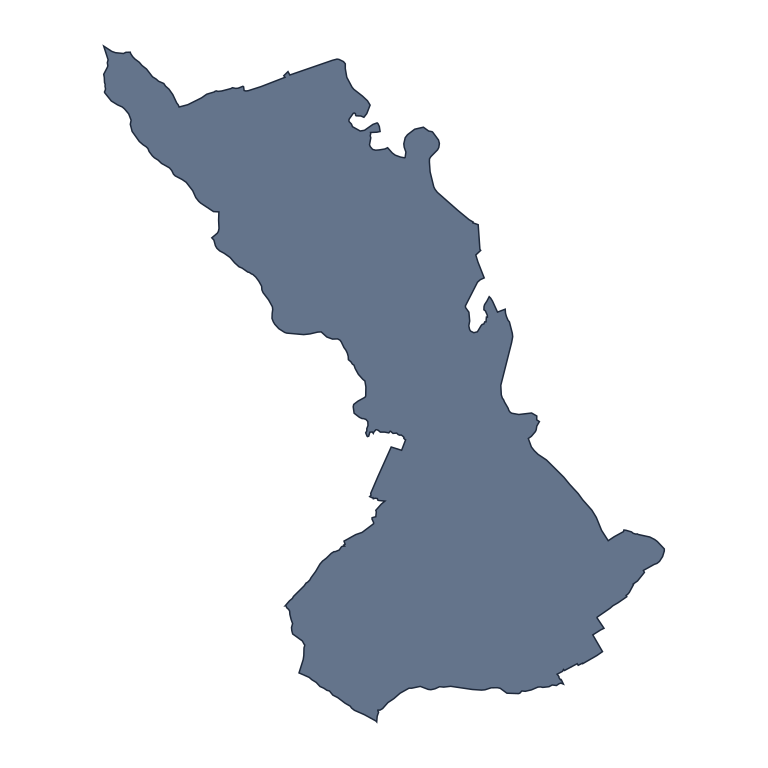 Turceni, Gorj, Romania (Albers equal-area conic projection)
{"feature_id": "2599482B55128602353314", "entity_name": "Turceni", "entity_type": "district", "adm_level": 2, "iso_a3": "ROU", "parent_name": "Romania", "parent_adm1": "Gorj", "projection": "albers", "projection_center": [23.338, 44.708], "detail": "fine", "context": "isolated", "style": "filled", "palette": "slate", "viewbox_px": 768, "rotation_deg": 0, "n_neighbors": 0, "source": "geoboundaries", "source_scale": "gbopen_adm2", "svg_char_len": 6069}
<svg xmlns="http://www.w3.org/2000/svg" viewBox="0 0 768 768"><path d="M644.4,572.4L643.4,570.4L654.2,564.4L657.0,563.4L659.5,561.4L662.6,556.6L664.3,551.0L664.3,548.9L657.3,541.5L654.8,539.6L649.8,537.0L638.3,534.5L637.3,533.9L635.8,534.1L633.2,533.3L631.5,531.9L626.1,530.3L623.9,530.0L623.5,531.6L614.2,536.7L608.2,540.7L601.6,530.4L596.3,517.4L591.9,510.2L582.7,499.8L578.2,493.6L569.7,484.4L563.8,477.2L546.5,460.0L538.1,454.4L534.3,450.7L531.4,447.0L528.3,438.5L531.4,436.3L535.4,431.6L536.2,429.8L536.8,426.1L539.4,421.6L536.7,419.8L536.8,416.0L531.6,413.0L518.8,414.5L511.6,413.2L510.1,412.1L508.9,410.5L508.1,408.2L504.5,402.0L503.5,399.6L502.4,398.2L501.3,394.9L500.8,385.3L511.6,342.6L512.7,336.7L512.3,333.2L509.4,321.9L508.0,320.2L506.4,316.4L505.5,313.1L505.2,309.2L497.5,312.1L492.5,301.1L490.7,298.2L489.2,296.7L486.9,301.1L484.6,304.6L484.0,306.7L483.9,309.8L485.4,310.9L487.3,315.2L487.4,317.1L486.4,317.1L486.0,321.8L484.7,321.9L483.9,323.9L482.1,324.5L481.0,325.8L477.4,331.8L473.8,332.7L470.6,331.1L469.6,329.5L468.8,325.8L469.7,321.0L468.9,312.2L465.6,307.6L465.4,305.9L477.5,282.2L480.3,279.7L484.2,277.9L477.9,261.9L475.8,255.0L480.7,250.4L479.9,249.3L478.2,224.7L472.8,222.8L473.1,222.0L469.1,219.7L457.5,210.1L437.4,192.4L435.0,189.3L433.8,186.9L430.1,171.8L429.4,161.9L429.5,158.8L430.9,156.6L437.6,149.8L438.8,147.5L439.4,143.5L438.5,140.0L432.8,132.3L432.1,131.7L428.6,131.0L423.4,127.2L414.7,129.2L407.5,134.7L405.2,137.7L403.8,143.8L404.2,147.2L405.9,152.1L405.1,157.5L404.7,157.8L400.6,157.1L395.3,155.2L392.3,153.0L387.6,147.7L384.8,149.0L379.2,149.9L375.6,150.2L372.6,149.4L370.3,146.7L369.5,144.8L370.8,137.8L370.2,135.8L370.7,133.8L370.5,132.5L376.9,132.2L380.1,131.5L379.3,126.4L377.9,123.5L377.1,122.9L372.9,124.4L364.5,130.3L360.2,131.0L352.5,126.7L351.4,124.0L349.1,121.6L348.9,120.1L349.3,118.9L353.3,113.3L354.3,113.0L355.4,113.6L355.6,115.2L356.1,115.8L360.9,116.0L363.9,117.3L366.8,113.6L370.1,105.1L367.5,100.8L362.5,96.1L353.8,89.3L352.0,87.1L346.8,77.3L345.3,68.6L345.3,63.8L343.5,61.6L339.0,59.4L337.0,59.1L332.4,60.3L289.8,75.0L288.0,71.6L283.8,75.7L285.0,77.3L261.0,86.6L248.2,90.7L245.8,91.0L244.1,90.5L243.6,86.8L242.9,86.3L238.1,88.2L235.7,88.4L232.4,87.7L230.8,88.6L221.6,91.0L217.9,91.4L216.5,90.9L215.2,91.2L214.1,92.0L206.7,94.2L201.6,97.8L187.8,104.7L179.1,107.0L178.3,105.0L176.7,102.9L172.8,94.6L169.0,89.2L165.5,86.1L163.8,83.5L158.5,81.2L156.2,79.1L152.5,76.8L146.5,69.0L142.0,65.5L139.3,62.3L134.9,59.0L132.6,56.6L130.5,53.3L130.3,52.2L125.9,52.3L123.5,53.5L115.5,52.7L111.8,51.4L103.7,46.1L108.1,59.8L107.3,62.8L107.8,65.5L107.6,66.8L103.7,74.3L104.3,77.5L104.5,82.4L105.2,84.6L105.0,86.1L105.5,88.6L105.3,90.1L104.5,91.8L104.6,92.6L111.3,101.0L117.6,104.9L122.3,107.0L124.5,108.9L128.7,113.9L131.1,120.2L130.3,124.3L132.1,131.4L139.3,141.5L143.0,144.7L146.2,146.8L147.9,148.5L149.1,151.5L152.3,155.8L154.4,157.8L158.1,160.1L161.5,163.4L169.5,167.9L171.7,170.5L173.5,174.2L175.2,175.9L182.1,179.5L186.2,182.3L192.7,190.7L195.8,197.6L198.7,201.3L200.8,203.2L213.5,211.6L218.9,211.9L218.6,220.1L219.0,228.4L218.4,231.3L217.4,233.1L211.8,237.8L213.9,240.1L215.4,245.7L216.9,248.3L219.7,250.9L224.2,253.3L230.0,257.4L234.6,262.8L239.0,266.8L242.1,268.1L247.8,272.1L249.3,272.4L251.4,273.9L252.8,274.4L255.8,277.1L258.9,281.3L261.6,286.2L261.9,289.9L263.1,292.7L268.6,299.9L272.4,306.8L272.7,309.6L272.2,313.2L272.0,318.4L273.3,321.8L274.8,324.3L278.8,328.7L284.6,332.4L286.7,333.1L303.7,334.6L310.0,333.9L317.7,332.1L321.2,331.9L326.8,337.0L332.5,339.1L337.6,338.9L339.9,340.1L341.2,341.8L344.0,347.6L345.9,350.2L347.3,353.1L348.2,356.3L348.4,359.7L350.9,361.8L352.4,364.1L354.0,365.2L355.2,368.6L358.4,374.4L362.7,379.2L364.9,381.0L365.9,387.0L365.7,396.0L365.3,396.9L364.2,397.7L358.0,401.1L353.7,404.4L353.2,406.8L354.1,413.2L359.4,417.3L362.1,418.6L363.5,418.6L365.9,419.4L367.8,421.5L368.0,425.5L366.8,428.6L366.8,430.9L365.7,432.8L367.0,436.1L367.5,436.6L368.7,436.2L369.9,432.2L372.3,432.0L373.3,433.4L373.7,432.3L375.8,429.8L376.7,429.7L378.2,430.3L380.3,432.1L384.6,432.1L388.8,432.9L390.1,431.3L390.6,431.3L393.0,433.4L396.7,433.1L398.2,434.6L399.8,435.2L401.2,435.0L402.6,436.0L404.0,437.4L403.8,438.2L404.4,439.0L405.6,439.8L401.6,450.3L391.2,447.0L377.8,476.8L370.7,493.4L371.0,495.3L369.7,496.6L372.2,497.8L372.9,497.6L373.3,498.8L375.2,498.2L377.4,498.6L377.9,500.2L378.9,500.5L384.9,501.1L381.2,504.2L375.8,510.3L376.3,511.9L375.8,516.7L372.1,517.7L372.0,519.1L373.6,522.5L373.6,523.7L362.1,532.4L355.7,534.6L344.0,541.1L345.1,544.2L343.8,545.0L344.6,546.1L342.3,546.3L341.4,546.9L339.2,550.0L335.4,551.6L333.9,551.7L331.3,553.3L326.3,558.2L322.6,561.0L320.0,564.0L315.6,571.5L311.1,577.6L309.8,580.0L307.5,582.3L306.1,583.0L304.1,585.9L293.5,596.4L292.4,598.4L289.5,600.8L285.3,605.7L285.8,605.6L286.8,607.8L288.6,609.4L289.6,611.0L289.9,614.5L291.1,619.4L292.6,623.6L291.5,627.5L291.8,630.7L292.7,634.0L302.4,641.0L304.0,644.1L304.6,644.6L304.7,645.6L304.0,647.9L303.8,655.5L303.2,659.6L299.0,672.9L309.2,677.4L311.8,679.7L316.2,682.4L320.0,686.5L323.8,688.2L326.9,690.3L329.5,691.0L332.8,695.1L337.7,697.6L345.2,703.3L350.3,706.2L351.5,708.0L354.4,710.3L364.4,714.7L375.9,721.0L376.7,721.9L377.2,716.2L378.6,712.2L377.8,710.8L377.9,710.1L380.0,710.1L382.6,708.6L387.9,702.6L393.9,698.6L400.1,693.2L409.0,688.2L411.7,688.2L420.3,686.4L428.2,689.4L430.9,689.7L435.0,688.8L439.6,686.7L443.7,687.1L450.7,686.3L472.4,689.5L481.6,690.1L485.0,689.8L491.2,687.8L497.4,687.7L500.2,688.3L506.9,693.2L518.6,693.6L519.9,693.1L521.8,691.0L525.3,691.3L531.4,689.9L537.9,687.1L540.6,686.9L542.7,687.4L549.0,686.7L552.2,685.0L556.5,685.5L558.9,683.8L560.9,683.1L563.4,684.1L561.5,680.1L561.0,679.5L560.5,679.8L559.0,677.7L558.9,676.5L557.1,674.2L562.6,671.3L563.5,669.5L564.5,670.5L577.2,663.7L578.2,665.3L582.4,663.2L582.7,663.7L597.1,655.4L602.5,651.6L592.8,634.9L600.5,630.0L604.0,628.3L597.0,617.8L597.2,617.1L610.1,608.2L612.8,605.8L618.0,602.8L626.8,596.7L626.1,595.4L627.7,594.3L629.3,592.4L633.5,584.6L633.1,584.1L637.5,581.0L644.4,572.4Z" fill="#64748b" stroke="#1e293b" stroke-width="1.5"/></svg>